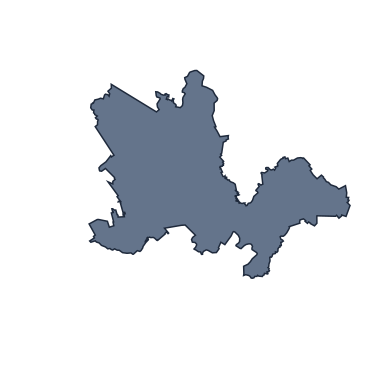 Medellín, Veracruz, Mexico, rotated 130°
{"feature_id": "50627088B273730145329", "entity_name": "Medellín", "entity_type": "district", "adm_level": 2, "iso_a3": "MEX", "parent_name": "Mexico", "parent_adm1": "Veracruz", "projection": "orthographic", "projection_center": [-96.165, 18.992], "detail": "fine", "context": "isolated", "style": "filled", "palette": "slate", "viewbox_px": 384, "rotation_deg": 130, "n_neighbors": 0, "source": "geoboundaries", "source_scale": "gbopen_adm2", "svg_char_len": 6052}
<svg xmlns="http://www.w3.org/2000/svg" viewBox="0 0 384 384"><g transform="rotate(130 192 192)"><path d="M217.7,135.9L211.9,137.6L211.2,133.0L200.4,133.8L196.4,134.9L195.5,134.6L195.1,133.6L195.4,128.8L196.7,125.8L199.4,123.7L201.2,123.5L203.8,124.2L204.9,123.8L204.3,118.9L203.8,118.0L199.5,117.5L197.4,116.8L195.0,115.0L194.1,113.6L194.0,112.6L194.8,110.7L196.5,110.0L197.5,109.0L196.9,103.9L197.1,102.6L198.3,102.0L204.5,102.9L207.8,102.5L211.3,102.7L215.7,104.7L221.3,99.7L222.8,98.8L220.8,97.7L219.5,94.9L219.3,93.4L219.9,91.4L219.3,90.4L218.0,89.4L216.4,89.7L214.9,88.0L213.7,88.2L213.5,86.7L211.5,83.8L210.1,84.0L209.3,83.5L207.8,84.2L206.2,81.4L205.8,81.3L205.2,83.2L204.7,83.2L203.8,82.0L202.5,82.1L202.3,83.2L201.0,83.8L201.1,85.2L199.9,85.2L197.6,86.8L194.7,87.9L192.1,90.4L191.3,90.2L191.1,89.4L190.1,89.2L187.7,90.2L185.5,88.6L184.2,89.6L183.7,88.2L182.1,88.2L180.1,89.7L178.5,89.8L177.5,89.2L176.6,90.1L176.1,89.3L175.4,89.3L173.5,91.6L172.8,91.0L170.9,90.5L170.6,91.8L171.1,93.4L169.7,95.7L168.6,95.5L167.3,93.7L165.6,93.2L162.4,93.2L158.0,94.0L156.5,94.5L156.1,95.3L146.5,89.3L145.8,90.3L143.9,91.3L140.9,89.3L140.9,86.5L141.8,86.5L141.8,83.4L140.0,83.4L139.8,81.1L140.1,80.9L139.2,76.4L135.7,76.2L130.1,81.0L129.8,80.8L118.3,66.4L116.9,66.3L117.6,62.6L114.2,62.0L113.4,62.5L111.7,58.3L100.7,62.3L100.2,67.2L100.2,65.9L97.4,66.4L97.8,67.5L95.5,68.5L96.9,70.4L93.2,72.9L88.5,78.5L95.4,81.4L95.3,85.0L97.3,90.3L96.9,93.7L97.7,95.7L96.8,98.7L96.7,100.3L96.0,100.9L95.9,103.7L101.5,104.7L101.0,110.2L99.5,115.3L97.4,115.0L96.8,119.2L95.3,119.0L94.2,128.3L95.0,128.7L94.8,129.0L95.9,130.9L98.2,133.1L102.4,134.7L103.7,136.3L106.2,137.1L104.4,140.4L106.4,141.8L105.4,143.4L107.1,144.5L107.5,143.9L110.0,145.1L115.3,145.0L116.4,143.4L117.2,143.0L117.2,143.3L119.7,144.5L119.8,143.3L122.2,142.8L122.2,144.4L123.9,145.1L124.6,146.3L124.3,149.4L125.5,150.8L126.1,151.0L126.8,150.5L127.1,149.8L126.3,148.6L126.3,148.0L127.4,147.6L130.7,148.6L132.2,151.2L132.8,151.4L133.4,150.9L133.7,149.5L134.6,149.0L140.5,142.8L142.4,143.7L142.5,145.6L142.8,146.3L143.3,146.5L143.8,146.2L144.6,144.1L149.6,144.2L149.9,143.8L149.6,142.2L150.3,141.0L155.6,141.8L159.5,140.3L161.9,140.1L162.8,140.3L164.5,141.6L166.9,141.2L167.8,141.8L167.4,142.3L167.4,144.0L167.8,144.1L166.4,144.3L167.3,145.4L168.6,146.2L169.4,148.0L170.0,148.5L169.2,148.7L169.2,149.8L169.6,149.9L169.4,150.7L170.1,151.4L170.5,152.6L170.1,152.7L169.3,151.4L168.7,151.3L169.1,152.2L168.4,152.3L168.1,153.0L168.7,153.4L168.8,154.0L167.9,154.1L167.1,155.0L167.8,155.6L167.4,156.4L166.9,156.3L166.4,155.4L165.0,155.3L164.8,154.5L163.9,154.1L164.0,155.3L162.9,155.7L163.7,156.8L162.5,157.1L163.0,159.0L162.8,159.7L162.1,159.2L158.3,163.9L158.4,166.3L159.2,168.5L159.4,170.4L158.8,171.1L159.9,172.5L159.5,172.9L160.3,175.4L159.6,176.0L159.2,175.7L159.4,174.7L158.5,174.9L159.2,176.6L158.5,177.1L159.5,177.3L160.2,178.2L158.4,182.2L157.2,181.5L155.7,184.7L156.0,185.2L155.2,185.3L155.3,186.5L154.9,186.7L154.2,186.8L152.8,185.4L152.0,185.7L151.4,185.1L150.7,185.6L150.7,186.1L149.7,186.2L149.5,187.7L148.2,187.5L147.4,193.2L144.8,192.9L144.6,194.4L143.2,194.2L133.8,200.0L131.0,198.7L130.2,199.3L128.0,198.2L126.7,199.7L125.4,200.4L131.6,206.1L129.2,212.0L127.8,216.5L126.6,215.6L123.6,221.2L120.5,225.6L115.4,227.3L109.7,232.2L105.8,231.6L104.1,232.3L103.6,233.3L102.7,237.1L100.9,241.5L102.4,248.1L104.2,252.6L100.4,255.3L97.7,256.1L95.5,257.6L95.8,266.4L97.2,268.0L101.3,270.5L102.0,270.7L106.3,269.8L109.1,271.1L110.2,269.8L112.4,265.5L116.5,264.7L118.3,265.2L120.8,264.4L121.7,263.6L120.9,261.8L121.2,260.3L125.3,259.7L127.1,258.7L129.4,256.4L131.9,254.9L134.9,255.2L137.2,259.3L136.0,259.7L135.4,260.6L135.5,263.7L134.4,264.6L134.3,265.2L132.3,265.7L132.7,266.8L135.3,266.0L135.2,267.1L135.9,268.2L136.0,270.0L136.5,270.5L137.0,270.2L137.4,271.4L134.8,272.3L134.2,270.9L132.5,272.1L133.1,273.0L133.3,275.1L134.4,275.6L134.8,274.8L136.1,276.1L137.1,278.6L136.9,279.6L137.4,282.6L138.5,284.2L141.2,281.3L141.8,280.0L140.6,277.0L141.2,276.2L147.0,275.4L149.1,273.1L150.0,270.1L153.5,270.7L161.4,323.1L164.3,320.5L168.8,321.2L169.6,318.2L171.9,317.1L171.5,319.0L172.7,321.2L174.0,321.3L177.6,319.8L179.0,322.4L181.0,323.4L183.9,325.6L186.5,324.9L187.3,325.2L187.3,324.7L187.6,324.7L189.5,325.7L192.6,323.7L193.3,321.0L192.3,319.8L194.6,318.3L194.6,317.0L195.2,316.3L194.7,313.4L197.2,313.7L197.5,312.1L196.9,310.9L197.2,310.2L198.8,309.6L201.2,307.6L204.1,308.2L214.0,275.4L217.0,276.3L216.4,277.6L224.2,277.3L230.4,278.8L233.3,278.8L234.8,277.0L235.2,276.3L234.2,274.6L229.6,273.4L230.7,260.7L231.6,260.0L231.8,259.0L234.7,259.5L236.7,257.9L238.2,262.9L242.3,246.2L243.8,246.4L245.1,240.8L246.5,242.4L247.0,242.2L245.3,240.7L246.4,239.4L246.6,239.6L252.0,231.7L250.8,230.5L251.6,229.2L253.2,230.7L254.0,229.8L253.4,229.1L254.4,227.9L258.7,232.5L257.6,233.5L257.2,234.5L257.5,234.8L254.8,238.8L255.8,239.8L255.8,242.0L256.4,242.6L258.3,239.9L257.9,239.6L258.3,239.1L259.9,240.3L265.3,232.8L265.8,233.2L268.1,230.2L272.1,232.7L268.8,238.0L273.1,245.9L274.0,246.9L282.6,250.3L287.2,238.4L289.3,238.9L289.9,237.3L295.3,238.9L295.5,237.2L291.6,234.7L291.8,233.1L290.7,230.4L291.1,227.1L289.7,222.9L289.7,220.0L288.0,218.5L288.0,216.8L287.4,215.4L285.3,214.8L284.7,212.0L283.4,210.3L283.1,206.2L280.7,202.4L277.9,199.6L277.7,197.3L277.3,196.9L272.1,196.2L271.0,193.7L269.6,193.4L266.5,193.8L265.2,194.5L260.7,194.9L260.4,195.8L259.7,196.0L259.8,194.9L259.0,194.8L258.6,195.1L258.6,196.3L258.0,196.3L257.9,194.8L256.7,194.7L256.3,195.0L256.4,196.9L255.4,196.9L255.3,196.2L253.9,195.6L253.4,194.2L251.7,192.5L251.4,191.1L251.6,188.0L251.0,187.8L251.1,187.2L241.5,185.6L241.3,186.0L239.0,186.0L239.3,183.6L238.5,183.5L237.4,189.8L224.3,178.7L221.7,176.0L222.9,161.6L226.4,162.3L228.7,161.8L230.2,159.5L228.7,157.2L228.9,155.2L229.6,154.4L232.1,153.7L234.2,153.9L234.5,153.6L234.0,152.2L233.6,148.6L232.4,146.9L233.5,145.2L233.5,144.3L232.9,143.9L232.0,144.7L230.1,145.0L227.2,143.9L226.4,142.1L225.5,137.3L222.7,134.4L218.0,134.8L217.7,135.9Z" fill="#64748b" stroke="#1e293b" stroke-width="1.5"/></g></svg>